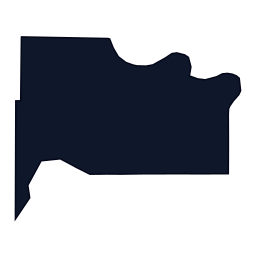 outline of Wyandotte, Kansas, United States of America
{"feature_id": "52423323B35969743598572", "entity_name": "Wyandotte", "entity_type": "district", "adm_level": 2, "iso_a3": "USA", "parent_name": "United States of America", "parent_adm1": "Kansas", "projection": "robinson", "projection_center": [-94.709, 39.097], "detail": "fine", "context": "isolated", "style": "filled", "palette": "ink", "viewbox_px": 256, "rotation_deg": 0, "n_neighbors": 0, "source": "geoboundaries", "source_scale": "gbopen_adm2", "svg_char_len": 787}
<svg xmlns="http://www.w3.org/2000/svg" viewBox="0 0 256 256"><path d="M228.3,173.7L228.3,173.2L228.4,155.1L228.4,141.3L228.4,134.5L228.4,134.4L228.3,114.0L228.6,108.8L229.5,106.4L233.2,101.0L238.8,94.6L240.6,90.7L239.2,78.2L236.3,75.8L232.3,74.2L227.3,73.4L222.3,73.9L216.6,76.8L205.3,79.8L197.7,78.9L189.4,75.9L190.9,66.9L189.6,61.9L188.4,57.4L184.7,54.9L176.8,52.9L171.9,53.6L165.5,57.9L152.9,64.9L146.2,66.1L137.1,65.9L133.3,65.1L125.9,62.5L118.3,56.7L113.2,48.0L109.6,38.9L107.8,38.5L21.5,36.9L21.4,37.7L20.7,100.8L15.8,100.9L15.4,219.1L29.7,197.8L27.8,185.3L41.1,160.8L60.3,158.8L76.9,167.7L89.9,174.2L99.9,174.1L106.6,174.0L119.8,174.1L121.4,174.1L142.8,173.8L159.2,173.8L172.4,173.7L185.7,173.7L193.9,173.8L228.3,173.7Z" fill="#0f172a" stroke="#020617" stroke-width="1.5"/></svg>